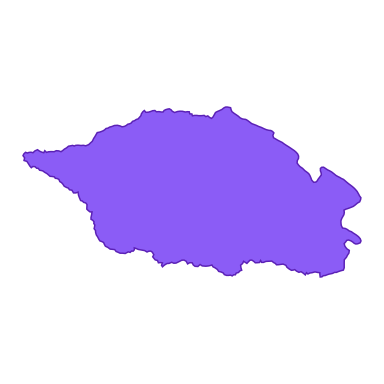 Tapira, Minas Gerais, Brazil
{"feature_id": "56859067B4018711092229", "entity_name": "Tapira", "entity_type": "district", "adm_level": 2, "iso_a3": "BRA", "parent_name": "Brazil", "parent_adm1": "Minas Gerais", "projection": "mercator", "projection_center": [-46.869, -19.913], "detail": "fine", "context": "isolated", "style": "filled", "palette": "violet", "viewbox_px": 384, "rotation_deg": 0, "n_neighbors": 0, "source": "geoboundaries", "source_scale": "gbopen_adm2", "svg_char_len": 5276}
<svg xmlns="http://www.w3.org/2000/svg" viewBox="0 0 384 384"><path d="M88.7,144.6L85.8,145.8L83.3,145.3L81.0,145.5L78.2,145.2L75.9,145.3L74.2,146.0L72.6,145.4L70.7,145.8L68.5,146.2L66.5,147.9L64.4,149.1L62.9,150.4L61.0,151.7L58.8,150.9L56.2,150.7L54.1,151.7L50.8,151.6L48.4,151.8L46.5,152.4L44.8,150.7L43.8,152.7L41.9,152.2L39.6,151.2L37.5,149.7L34.9,150.9L33.0,152.7L31.0,152.2L29.0,152.4L27.4,153.0L25.5,152.3L23.8,154.0L23.0,155.7L24.6,157.8L24.0,160.5L26.9,161.4L28.4,163.7L29.9,166.1L31.3,167.7L32.8,166.5L35.1,166.7L36.6,168.2L38.3,168.4L39.6,170.2L42.6,170.8L44.7,172.3L47.1,173.7L48.7,175.1L50.0,176.3L52.3,176.5L54.4,176.9L55.3,178.3L57.1,178.5L58.9,179.4L59.8,181.6L61.5,182.6L63.0,184.3L64.2,186.2L66.4,187.4L68.3,188.1L69.5,189.8L71.9,190.2L73.5,192.9L75.9,192.9L78.1,192.1L78.5,195.2L79.4,197.7L80.6,200.5L82.4,201.1L83.7,202.4L85.7,202.9L87.0,204.5L86.9,206.8L86.8,209.1L88.2,210.5L90.0,211.9L92.0,211.9L91.6,214.8L91.0,217.4L91.0,219.3L92.8,220.3L94.0,221.8L93.8,223.5L94.8,225.0L94.5,227.0L94.1,228.7L95.5,230.5L95.6,232.4L96.3,234.9L97.7,237.0L98.8,239.2L99.9,240.9L101.9,241.6L103.6,242.5L104.4,244.4L105.4,246.2L108.0,247.5L110.1,249.1L112.3,249.3L114.7,249.6L116.1,251.5L117.9,252.2L120.1,253.2L122.6,253.2L125.2,253.5L128.2,251.9L130.2,252.4L131.4,251.1L133.2,251.1L134.4,249.7L134.3,247.9L135.9,248.4L138.2,249.4L141.4,250.0L144.7,250.6L147.0,252.0L148.9,251.2L150.8,251.1L152.3,252.2L153.8,254.7L152.7,256.8L153.8,258.2L155.2,259.9L157.5,260.5L158.4,262.8L160.7,262.6L162.4,262.9L161.5,265.3L162.5,266.8L163.8,265.6L165.3,264.5L167.1,263.5L169.1,263.4L171.7,262.3L173.7,263.2L176.0,263.1L178.1,262.1L179.9,261.2L181.8,260.2L184.1,260.1L186.2,261.3L187.6,263.9L189.7,262.7L192.2,262.8L193.3,265.0L195.0,266.3L197.9,266.5L200.1,264.5L202.2,265.9L205.7,266.2L208.0,266.0L210.0,265.6L211.9,265.0L213.0,266.8L215.0,267.8L217.3,269.4L218.7,271.4L221.4,272.1L223.4,273.1L224.3,274.6L226.6,275.4L228.6,275.4L230.4,275.1L232.2,275.9L233.6,274.8L235.4,274.8L236.2,273.1L238.5,272.5L239.9,270.9L241.7,270.2L241.0,268.0L240.6,265.2L242.6,263.5L243.6,261.3L245.3,262.4L246.9,263.4L248.5,261.7L250.0,260.2L251.8,260.1L253.7,261.3L255.3,262.8L257.4,262.7L259.5,262.5L260.6,260.5L261.6,262.4L263.5,262.4L265.9,261.4L267.8,261.3L269.6,261.2L271.8,261.1L273.7,262.6L275.3,263.4L276.5,264.8L278.6,264.7L280.7,264.4L283.1,264.1L285.9,265.3L286.9,267.2L288.9,268.8L291.4,270.3L293.2,270.1L294.7,269.6L296.5,271.1L298.9,272.3L301.1,271.7L303.3,273.2L305.3,274.9L306.5,272.7L307.9,274.0L309.9,273.0L312.1,272.7L315.0,271.9L317.9,272.5L319.8,272.7L319.9,274.8L320.2,277.0L322.0,276.8L323.3,275.7L325.3,275.5L327.3,274.7L329.1,274.1L330.8,273.8L332.6,273.4L334.5,272.4L336.4,272.4L338.3,271.6L340.7,270.8L343.4,270.1L344.2,267.8L344.2,265.3L344.2,262.6L344.3,259.7L345.5,258.4L346.6,257.0L347.4,255.3L348.9,253.1L349.3,250.4L347.1,249.0L345.8,247.5L344.8,246.0L344.2,243.6L345.7,241.9L346.7,240.4L348.5,240.0L350.8,240.8L352.6,241.9L354.2,243.3L355.8,244.0L357.7,243.8L360.2,242.8L361.0,240.9L360.2,238.7L358.5,236.7L356.2,234.9L353.2,233.0L351.4,231.7L349.2,230.9L347.5,229.6L345.4,228.5L342.5,228.0L341.3,225.5L341.0,223.4L340.9,220.9L341.7,218.6L342.8,216.6L343.9,214.7L344.3,212.5L344.0,210.1L346.0,209.1L347.7,208.6L349.6,207.9L351.4,207.2L353.3,206.4L355.2,205.0L357.4,203.1L359.7,201.8L360.6,199.6L360.9,197.7L359.6,196.0L358.8,194.4L357.1,191.4L355.3,189.3L353.7,187.7L351.9,186.2L350.2,184.9L348.7,183.8L346.5,182.0L344.8,180.5L343.5,179.4L341.5,178.5L339.7,177.4L338.2,176.7L335.9,175.4L334.0,173.8L331.7,172.0L329.6,170.8L327.5,169.8L325.3,168.3L323.6,167.2L321.7,167.3L320.4,168.4L320.4,170.8L321.2,173.0L321.3,175.0L319.8,177.0L318.2,179.1L317.1,181.0L315.8,182.1L313.7,182.3L311.7,180.1L310.8,177.6L309.9,175.5L308.7,173.6L307.1,172.3L304.9,170.7L302.5,168.3L300.0,166.6L298.5,165.0L297.1,163.0L297.3,160.6L298.5,158.4L298.6,156.1L297.7,154.0L296.1,152.2L294.4,150.7L292.8,149.6L290.9,148.3L288.8,146.9L287.2,145.9L285.3,144.7L283.7,143.6L282.3,142.5L280.3,141.5L277.9,140.3L275.7,139.0L273.5,137.7L272.9,135.3L273.9,132.9L272.5,131.4L270.8,130.5L268.8,130.3L266.4,129.7L264.2,128.8L261.3,127.4L258.5,126.4L256.2,125.3L254.1,124.5L251.7,123.6L249.6,122.0L247.5,120.4L245.7,119.4L243.9,119.2L242.3,118.9L240.2,117.9L238.2,116.1L236.3,114.8L233.9,113.2L231.9,111.6L231.1,109.7L230.6,107.7L228.8,107.3L227.1,107.0L225.4,107.1L223.7,108.0L222.0,109.4L219.3,110.7L217.1,111.6L215.5,112.5L214.3,114.7L213.0,117.0L211.5,118.4L209.7,117.5L207.8,115.9L205.8,116.6L204.2,115.4L201.2,115.7L198.8,115.7L196.7,115.4L194.6,115.4L192.4,115.8L191.9,114.0L189.7,113.8L189.3,111.8L187.5,111.7L185.3,112.0L182.5,111.3L180.1,111.2L177.6,111.5L174.6,112.5L172.3,111.3L171.1,109.8L169.3,108.8L167.6,109.1L165.8,109.6L164.2,110.4L163.0,112.0L161.2,112.0L159.0,111.6L156.4,111.8L154.9,110.5L152.7,110.7L150.6,111.5L148.3,112.2L145.9,112.3L144.3,110.5L142.8,111.8L141.4,113.8L140.9,115.7L139.5,117.3L138.1,118.9L136.2,119.5L134.5,120.7L132.6,121.3L131.1,123.1L129.6,123.8L127.8,124.2L126.2,125.5L124.4,126.4L122.0,126.8L120.0,125.9L117.4,125.3L114.4,125.5L111.9,126.5L109.6,127.1L108.0,128.1L106.0,128.5L104.8,129.7L103.3,130.7L101.4,131.5L99.7,132.1L97.2,132.6L95.9,134.9L94.8,136.8L93.7,138.4L92.3,141.3L90.6,142.8L88.7,144.6Z" fill="#8b5cf6" stroke="#5b21b6" stroke-width="1.5"/></svg>